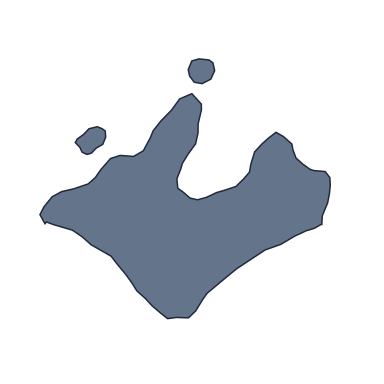 Qazakh District, Qazax, Azerbaijan (Robinson projection), rotated 126°
{"feature_id": "54616110B43488292017990", "entity_name": "Qazakh District", "entity_type": "district", "adm_level": 2, "iso_a3": "AZE", "parent_name": "Azerbaijan", "parent_adm1": "Qazax", "projection": "robinson", "projection_center": [45.173, 41.158], "detail": "fine", "context": "isolated", "style": "filled", "palette": "slate", "viewbox_px": 384, "rotation_deg": 126, "n_neighbors": 0, "source": "geoboundaries", "source_scale": "gbopen_adm2", "svg_char_len": 1487}
<svg xmlns="http://www.w3.org/2000/svg" viewBox="0 0 384 384"><g transform="rotate(126 192 192)"><path d="M141.8,68.0L134.7,72.6L121.0,75.9L112.4,79.9L105.1,84.2L99.3,89.0L97.2,96.3L103.2,106.3L104.3,110.3L104.3,119.0L103.4,127.8L98.5,135.2L94.5,139.4L93.4,150.5L94.3,159.1L102.6,161.6L111.6,163.6L122.7,164.9L135.0,160.7L142.0,157.2L151.0,157.9L161.7,159.7L171.6,166.8L178.0,171.8L188.0,177.3L195.1,183.0L198.1,190.2L197.3,198.4L197.3,199.2L197.3,205.7L190.2,212.0L179.7,214.7L174.4,216.6L164.1,217.4L150.9,217.4L140.4,222.0L133.3,227.1L120.1,232.6L115.4,236.1L112.5,249.9L123.9,256.7L137.7,256.7L152.7,258.9L165.3,259.4L173.2,257.5L187.3,255.6L197.6,260.2L204.6,271.6L212.8,277.6L227.2,278.9L237.2,278.7L246.6,280.8L258.9,289.5L268.3,297.7L278.0,302.3L290.6,303.1L299.7,301.7L304.1,292.3L301.8,292.1L299.8,284.9L293.2,266.4L292.8,254.8L294.0,242.5L291.5,219.8L294.7,208.7L297.5,197.5L300.8,187.4L304.4,178.5L305.6,167.0L307.6,157.0L308.4,146.6L308.8,137.3L302.7,130.9L295.9,120.9L286.2,119.1L271.7,120.2L264.9,120.2L248.4,116.1L228.2,110.9L195.9,98.8L182.0,89.3L167.6,83.1L156.5,77.0L149.5,71.7L141.8,68.2L141.8,68.0ZM220.6,315.5L221.8,308.9L224.4,304.4L223.3,299.0L219.7,296.2L212.8,295.3L205.8,292.2L198.3,294.1L193.6,298.1L193.6,301.9L194.9,307.0L201.3,312.5L209.2,313.6L216.7,316.0L220.6,315.5ZM95.2,267.0L99.6,262.1L101.9,254.8L98.4,247.5L89.6,243.1L80.5,245.0L75.2,251.0L75.2,255.9L80.2,264.6L86.1,269.2L95.2,267.0Z" fill="#64748b" stroke="#1e293b" stroke-width="1.5"/></g></svg>